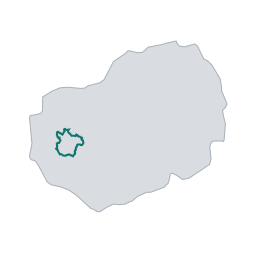 Radovish, Radoviš, North Macedonia (highlighted), rotated 171°
{"feature_id": "65306769B69057078753294", "entity_name": "Radovish", "entity_type": "district", "adm_level": 2, "iso_a3": "MKD", "parent_name": "North Macedonia", "parent_adm1": "Radoviš", "projection": "equal_earth", "projection_center": [22.502, 41.651], "detail": "fine", "context": "in_parent", "style": "outline", "palette": "teal", "viewbox_px": 256, "rotation_deg": 171, "n_neighbors": 0, "source": "geoboundaries", "source_scale": "gbopen_adm2", "svg_char_len": 2488}
<svg xmlns="http://www.w3.org/2000/svg" viewBox="0 0 256 256"><g transform="rotate(171 128 128)"><path d="M115.3,61.0L119.7,61.6L129.3,58.9L135.3,55.2L138.3,54.7L142.3,53.3L148.2,53.5L154.0,55.1L161.5,53.0L168.9,49.6L171.8,50.4L175.0,53.3L177.1,54.1L189.3,69.5L196.0,75.8L203.9,80.5L212.9,84.0L216.2,87.3L221.9,103.7L224.7,110.0L228.5,111.8L229.5,113.6L229.6,116.0L225.3,127.6L223.7,153.6L222.6,155.6L218.1,155.5L212.1,156.1L209.8,158.1L207.4,172.1L197.7,176.1L189.0,178.3L181.6,177.8L168.6,174.5L164.3,174.2L160.7,176.0L149.1,177.0L144.0,179.5L132.0,195.9L119.8,201.6L115.7,204.4L106.4,200.8L102.0,200.4L95.6,204.6L81.5,205.1L77.7,205.8L66.8,206.4L66.4,204.2L64.4,200.9L59.4,199.3L49.0,200.6L46.6,198.2L42.4,184.3L39.1,182.1L35.5,177.4L29.3,162.3L29.2,155.6L29.7,149.9L26.4,136.3L28.6,132.9L31.8,130.8L31.9,125.3L31.1,117.1L35.0,100.9L36.1,99.7L37.1,100.5L46.3,101.8L48.7,99.7L50.2,96.5L50.8,84.7L53.1,79.3L75.5,68.9L82.0,68.5L87.0,73.3L91.0,76.3L93.4,76.2L94.3,73.1L97.0,67.2L101.6,63.9L115.2,61.0L115.3,61.0Z" fill="#d9dde1" stroke="#a8b0b8" stroke-width="1"/><path d="M200.4,114.9L199.8,113.8L199.5,112.6L198.4,112.8L197.6,112.3L196.9,111.3L194.6,110.4L193.8,110.7L193.3,110.5L192.7,110.9L192.3,110.8L191.7,111.1L191.1,110.9L190.9,111.1L190.5,110.9L190.2,111.0L189.9,110.8L189.4,110.8L188.5,109.6L188.0,109.7L187.2,109.3L186.7,108.7L185.6,110.0L184.4,110.7L184.1,111.8L184.5,111.8L184.3,113.1L183.5,114.6L182.8,114.7L182.6,116.7L182.0,117.4L181.5,117.5L181.3,117.8L181.3,117.6L181.1,118.9L180.5,119.5L177.9,119.3L177.5,118.6L176.2,118.3L175.0,119.3L174.8,119.8L174.3,120.3L174.6,121.8L174.4,122.5L174.7,123.0L175.3,123.3L175.8,124.5L174.8,125.3L174.9,125.6L176.6,126.5L176.9,127.0L177.9,127.3L178.6,128.2L178.8,127.8L179.3,128.1L179.4,128.7L180.1,129.6L181.4,128.3L183.2,129.0L184.9,129.1L185.4,129.7L186.0,131.4L186.8,131.7L187.0,132.3L187.8,133.3L187.6,134.8L186.8,135.7L188.6,135.6L190.2,136.6L190.4,137.0L190.8,137.0L191.2,136.8L191.5,136.2L191.0,135.5L191.0,134.7L192.4,133.7L192.9,132.5L193.9,131.7L194.3,132.4L194.7,132.6L195.1,133.1L195.9,133.2L196.3,133.6L196.2,133.9L197.7,135.2L198.0,135.3L198.8,134.8L198.9,133.5L199.4,132.6L198.9,130.9L199.1,130.5L198.9,129.8L198.8,129.6L197.9,129.6L197.1,129.2L197.7,128.3L197.5,128.2L196.6,126.4L198.5,124.0L199.4,124.3L199.6,124.0L200.7,123.9L200.9,122.3L200.6,121.3L201.1,120.7L201.2,119.6L201.6,119.5L202.3,118.8L201.9,118.2L201.7,118.2L201.6,117.8L201.0,117.8L200.4,114.9Z" fill="none" stroke="#0f766e" stroke-width="2"/></g></svg>